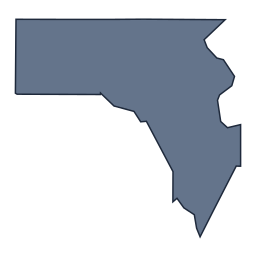 outline of Fannin, Georgia, United States of America
{"feature_id": "52423323B87929683261125", "entity_name": "Fannin", "entity_type": "district", "adm_level": 2, "iso_a3": "USA", "parent_name": "United States of America", "parent_adm1": "Georgia", "projection": "equal_earth", "projection_center": [-84.277, 34.796], "detail": "fine", "context": "isolated", "style": "filled", "palette": "slate", "viewbox_px": 256, "rotation_deg": 0, "n_neighbors": 0, "source": "geoboundaries", "source_scale": "gbopen_adm2", "svg_char_len": 551}
<svg xmlns="http://www.w3.org/2000/svg" viewBox="0 0 256 256"><path d="M16.0,19.3L15.4,93.2L17.1,94.2L100.4,94.5L100.5,93.0L114.0,106.0L134.0,111.4L140.7,121.8L146.4,121.3L173.0,171.6L172.9,201.8L177.0,198.3L183.9,207.9L194.3,214.7L196.6,228.2L200.1,236.8L213.1,211.1L236.2,166.1L240.6,166.2L240.6,124.6L227.5,127.7L220.7,121.5L217.5,100.2L219.6,94.9L231.8,85.7L234.5,76.4L223.4,59.7L216.8,58.0L207.2,47.7L204.1,39.7L225.1,19.7L143.3,19.2L112.7,19.4L112.3,19.4L63.8,19.4L63.4,19.4L16.0,19.3Z" fill="#64748b" stroke="#1e293b" stroke-width="1.5"/></svg>